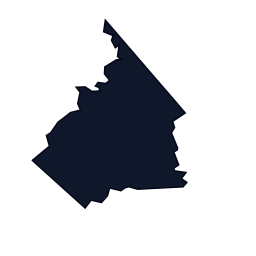 Campbell, Virginia, United States of America (Albers equal-area conic projection), rotated 113°
{"feature_id": "52423323B79148306227906", "entity_name": "Campbell", "entity_type": "district", "adm_level": 2, "iso_a3": "USA", "parent_name": "United States of America", "parent_adm1": "Virginia", "projection": "albers", "projection_center": [-79.136, 37.228], "detail": "fine", "context": "isolated", "style": "filled", "palette": "ink", "viewbox_px": 256, "rotation_deg": 113, "n_neighbors": 0, "source": "geoboundaries", "source_scale": "gbopen_adm2", "svg_char_len": 823}
<svg xmlns="http://www.w3.org/2000/svg" viewBox="0 0 256 256"><g transform="rotate(113 128 128)"><path d="M195.1,203.4L195.8,201.7L218.4,136.2L208.8,133.8L207.0,123.3L198.3,120.4L190.4,121.5L188.5,110.0L184.2,107.4L181.7,104.3L180.6,95.3L160.6,54.3L155.1,52.6L153.7,59.1L146.3,57.2L149.3,68.4L147.0,70.2L142.2,66.9L132.2,76.5L128.9,74.1L127.1,74.5L115.5,86.2L109.5,85.3L104.4,89.5L91.8,81.2L81.1,102.7L70.6,124.2L37.6,191.0L48.9,188.0L48.8,177.9L53.8,177.4L59.1,171.0L55.0,168.6L66.4,165.5L67.4,161.3L70.0,165.5L80.8,173.2L87.4,170.8L91.3,163.5L95.8,166.0L97.8,173.4L102.2,174.4L102.0,170.7L104.9,168.4L108.4,175.5L106.9,183.5L110.7,191.6L113.8,186.1L125.2,183.8L130.0,178.7L136.3,187.0L140.2,189.1L150.0,194.7L162.7,197.3L166.7,200.2L175.4,193.2L195.1,203.4Z" fill="#0f172a" stroke="#020617" stroke-width="1.5"/></g></svg>